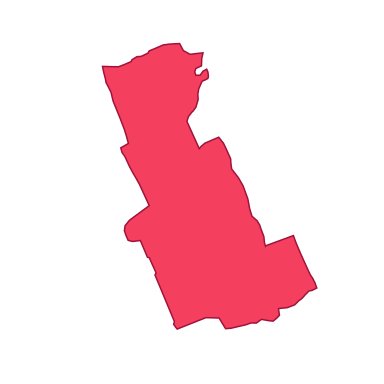 the district of Ak Bugday, Ahal, Turkmenistan, rotated 157°
{"feature_id": "10190150B31923585689840", "entity_name": "Ak Bugday", "entity_type": "district", "adm_level": 2, "iso_a3": "TKM", "parent_name": "Turkmenistan", "parent_adm1": "Ahal", "projection": "mercator", "projection_center": [58.565, 38.864], "detail": "fine", "context": "isolated", "style": "filled", "palette": "rose", "viewbox_px": 384, "rotation_deg": 157, "n_neighbors": 0, "source": "geoboundaries", "source_scale": "gbopen_adm2", "svg_char_len": 2386}
<svg xmlns="http://www.w3.org/2000/svg" viewBox="0 0 384 384"><g transform="rotate(157 192 192)"><path d="M213.8,52.8L209.1,51.3L200.4,49.8L194.2,48.7L188.9,48.4L188.7,48.3L185.5,46.9L184.0,46.2L177.8,47.6L171.7,43.6L167.7,41.4L164.6,42.4L164.0,42.5L160.5,44.0L159.7,44.3L159.6,44.5L159.1,46.7L158.8,47.7L157.9,50.9L154.2,49.8L149.5,48.3L141.5,48.0L136.1,50.2L132.8,50.9L131.4,51.5L130.3,52.0L128.1,53.1L123.2,55.1L122.4,55.1L120.1,54.5L114.6,54.9L114.6,56.1L114.5,57.6L114.3,60.3L114.5,62.7L114.6,65.1L115.3,68.8L115.4,69.0L115.7,75.6L115.7,75.9L116.1,93.4L116.1,103.6L116.0,106.7L115.7,111.6L115.7,112.3L116.0,112.3L145.1,113.7L145.5,113.4L145.5,113.7L145.1,117.0L143.3,122.8L143.0,129.2L143.0,130.4L142.6,135.2L143.2,139.4L143.3,140.2L146.1,145.9L146.2,146.1L146.1,147.7L145.5,153.7L143.3,163.9L142.8,173.2L142.6,177.7L142.6,178.0L143.7,187.0L146.5,197.5L146.4,198.0L144.9,203.5L143.5,207.3L143.5,209.0L143.7,218.7L144.0,224.9L144.7,227.0L145.4,229.8L146.0,232.0L161.2,231.9L162.0,231.6L166.1,230.3L168.4,229.1L168.4,230.1L169.1,258.9L166.7,261.8L165.8,262.8L161.2,265.4L159.3,266.1L156.8,267.6L155.4,268.4L150.2,274.7L148.8,278.7L148.4,279.8L146.2,283.2L145.6,284.2L139.9,289.6L139.6,290.0L137.1,290.0L136.3,290.0L133.0,290.3L132.8,290.6L131.7,292.0L130.5,296.1L130.5,299.3L134.7,298.9L135.1,298.6L138.9,296.3L142.7,297.9L142.8,297.9L142.6,301.4L140.2,304.2L134.3,304.4L134.0,304.4L130.8,311.2L130.7,311.4L130.0,312.3L127.5,315.8L131.4,317.0L140.0,319.5L144.7,325.6L145.4,333.5L155.1,337.0L160.9,338.6L176.3,338.6L178.4,337.0L185.8,336.7L189.8,338.1L195.6,337.2L197.2,335.8L205.6,335.8L210.7,336.0L217.7,339.1L224.2,342.1L225.3,342.6L226.5,336.7L227.6,329.5L228.3,326.6L228.3,325.7L227.9,320.7L227.6,315.3L228.7,308.9L229.0,307.0L229.1,306.3L229.4,287.3L229.6,283.2L229.8,276.4L230.5,269.2L231.6,261.6L232.0,261.5L240.3,260.5L241.0,255.7L239.9,250.7L239.6,239.8L238.9,232.5L238.1,226.3L237.4,219.8L237.0,206.9L236.7,196.2L237.0,196.1L257.8,191.1L260.6,190.4L260.8,190.3L266.8,187.1L269.4,182.7L269.4,182.0L269.7,177.7L269.7,173.6L269.7,172.6L269.2,172.1L267.0,170.4L266.1,169.7L258.5,167.5L258.5,149.3L257.4,148.5L257.0,148.2L256.9,141.2L256.7,134.1L256.7,132.0L256.7,131.5L258.5,130.1L258.8,80.7L258.8,79.6L260.6,77.4L259.9,74.1L259.2,71.6L258.9,71.6L236.5,71.1L228.3,70.9L216.3,65.4L215.5,59.8L214.5,53.1L213.8,52.8Z" fill="#f43f5e" stroke="#9f1239" stroke-width="1.5"/></g></svg>